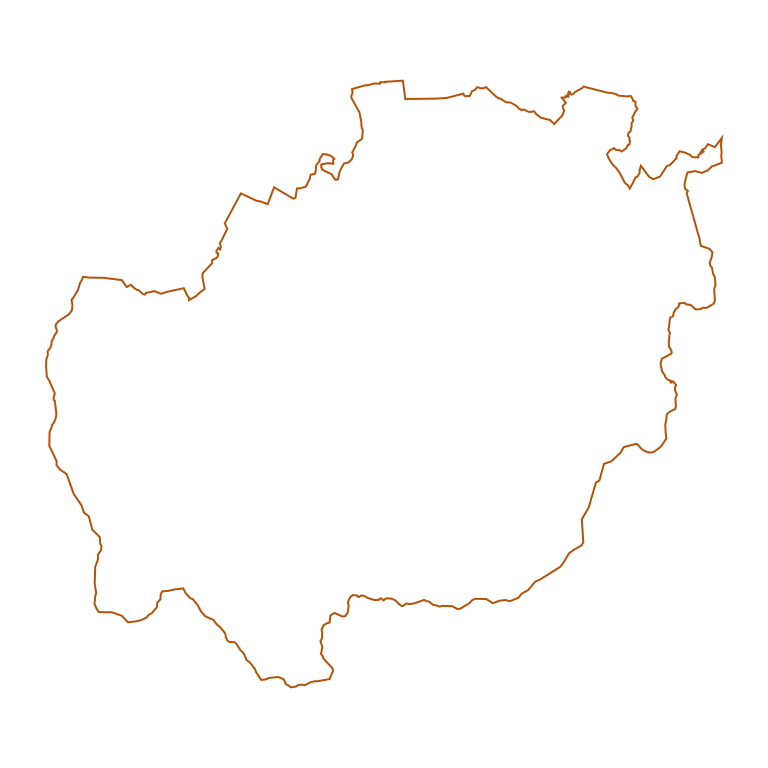 Curtea De Arges, Arges, Romania
{"feature_id": "2599482B76478709912239", "entity_name": "Curtea De Arges", "entity_type": "district", "adm_level": 2, "iso_a3": "ROU", "parent_name": "Romania", "parent_adm1": "Arges", "projection": "orthographic", "projection_center": [24.678, 45.135], "detail": "fine", "context": "isolated", "style": "outline", "palette": "amber", "viewbox_px": 768, "rotation_deg": 0, "n_neighbors": 0, "source": "geoboundaries", "source_scale": "gbopen_adm2", "svg_char_len": 6006}
<svg xmlns="http://www.w3.org/2000/svg" viewBox="0 0 768 768"><path d="M581.6,545.4L583.3,542.2L581.8,519.3L588.7,507.5L595.9,482.6L599.4,480.4L604.0,463.8L611.3,461.4L620.6,452.6L623.8,447.1L636.4,443.8L639.2,445.8L640.2,447.6L642.5,449.8L647.3,452.1L651.1,452.6L654.2,451.7L659.6,447.7L661.6,445.7L666.4,438.5L665.6,431.9L665.3,424.7L666.4,418.8L666.7,414.6L668.2,412.9L670.3,411.4L675.1,409.1L675.9,406.3L675.4,398.4L676.9,394.7L675.1,390.4L674.9,387.7L676.1,385.0L673.4,381.6L671.0,382.6L670.4,381.7L671.3,381.0L667.8,379.7L665.3,377.3L664.8,375.2L663.2,373.2L662.2,371.3L661.0,366.5L660.6,363.2L662.0,358.6L671.2,353.7L671.7,352.9L671.2,350.1L669.0,346.9L668.8,342.3L669.5,334.6L670.0,333.1L668.3,329.6L668.9,327.6L670.0,318.0L673.1,316.0L673.8,312.3L675.7,309.1L677.9,307.5L679.2,305.2L679.0,303.4L684.7,302.9L686.0,304.2L690.8,305.1L695.6,309.4L700.2,309.2L703.2,307.6L705.9,308.0L707.4,307.5L713.7,303.7L714.9,300.5L714.2,289.1L715.5,284.9L714.8,277.1L713.0,273.6L712.0,267.8L710.2,265.5L709.7,262.6L711.7,257.1L712.5,252.2L709.2,248.7L701.0,246.0L699.8,241.2L699.8,239.8L686.7,193.4L687.8,190.8L685.2,189.1L684.4,184.9L686.0,177.4L687.6,172.4L695.2,171.1L701.6,172.9L707.6,170.5L711.8,166.5L721.9,162.7L721.3,156.2L721.6,151.6L720.9,144.7L721.8,138.0L714.9,147.1L707.8,144.2L705.2,148.2L702.3,149.8L701.0,151.8L704.2,151.1L701.6,153.1L698.6,154.7L698.3,157.4L692.4,157.2L690.3,155.0L685.1,152.6L679.5,151.3L676.5,156.2L676.6,158.0L669.8,165.2L666.9,165.9L660.2,176.5L653.3,179.2L649.1,176.8L640.9,165.8L639.6,170.0L639.6,173.0L637.5,176.6L635.3,177.5L633.1,182.6L629.7,188.5L627.8,185.1L624.9,182.9L619.7,172.9L616.4,168.3L612.4,164.2L609.0,159.0L607.0,154.2L610.3,149.8L612.3,149.2L613.9,148.1L615.9,149.9L619.8,150.3L621.7,151.5L626.4,148.1L627.7,145.2L629.3,144.7L630.0,140.7L629.3,139.6L629.6,137.7L627.9,135.7L628.4,133.2L630.8,130.8L630.8,128.7L631.6,126.8L631.5,123.5L633.2,120.7L632.3,117.5L635.4,111.5L637.5,108.8L635.5,106.0L635.4,101.7L632.9,100.5L632.7,99.1L630.8,96.0L627.1,96.4L619.1,95.7L617.6,95.3L616.4,94.2L611.2,92.8L608.3,92.9L583.5,86.6L582.2,88.1L575.0,92.0L573.6,93.6L571.5,94.6L570.3,93.7L570.1,92.2L568.7,91.8L568.1,93.9L568.6,95.4L567.1,95.5L567.9,96.7L565.4,96.5L565.5,97.4L561.8,97.7L565.8,102.8L562.8,106.1L562.8,107.5L564.1,110.6L562.5,115.3L554.2,124.0L550.0,120.0L540.8,117.7L536.4,114.3L534.1,111.3L532.0,111.5L531.0,112.0L529.0,111.9L523.6,109.5L521.5,110.3L520.6,109.3L518.6,108.5L518.1,107.4L515.9,105.5L510.6,102.6L506.1,102.2L502.4,100.0L501.0,98.8L498.8,98.4L496.5,97.0L486.0,87.1L483.3,88.3L480.5,88.2L477.4,87.1L475.1,89.8L471.9,91.3L469.9,95.8L465.6,96.3L464.2,95.6L463.4,93.6L446.9,97.9L436.3,98.6L405.3,99.0L402.9,80.7L385.2,81.8L385.3,82.2L384.7,82.3L380.3,82.2L380.1,83.7L373.9,83.5L367.4,85.4L364.7,85.4L352.0,89.1L352.6,92.6L351.3,96.4L351.4,97.9L359.5,112.5L361.3,121.9L361.7,127.7L362.8,130.2L362.1,138.7L356.7,142.6L356.2,144.8L352.3,152.4L353.3,155.5L351.8,159.2L348.6,162.4L344.2,163.3L341.3,168.1L339.3,172.8L337.9,179.6L335.1,179.6L331.7,174.3L322.3,169.7L321.3,167.1L321.3,164.4L328.0,163.2L333.2,163.8L333.2,159.8L334.3,158.8L330.6,155.7L326.5,154.4L322.7,154.2L319.7,159.0L319.6,160.8L316.2,165.4L315.7,171.2L314.9,173.9L310.6,174.7L309.7,178.9L305.9,186.6L300.0,188.3L297.0,188.4L295.5,197.7L293.3,198.7L274.1,187.3L267.7,204.2L260.8,201.5L256.6,200.8L240.9,193.4L224.8,223.3L227.2,228.8L221.6,240.6L219.9,242.9L220.9,247.4L220.0,249.5L218.5,247.9L216.5,250.5L216.5,252.6L218.1,253.4L217.9,256.0L216.8,257.8L212.2,260.1L212.1,263.3L202.7,273.2L202.4,277.1L204.7,288.9L200.1,292.3L195.9,296.2L189.0,300.1L189.1,298.0L187.0,295.1L183.8,288.2L167.0,291.8L161.1,293.8L154.3,291.1L145.9,293.0L144.9,294.6L143.2,294.2L138.3,290.0L137.3,290.1L133.7,287.7L131.0,284.7L126.7,287.0L121.8,280.1L103.5,277.8L89.4,277.6L83.0,276.8L81.7,280.3L80.2,282.7L77.9,290.0L73.6,297.3L71.5,300.1L72.4,304.4L72.2,308.5L71.7,310.6L69.0,314.3L58.3,321.4L56.1,324.1L55.5,326.3L56.7,329.8L56.8,331.9L53.8,336.6L53.4,338.6L51.7,340.8L51.4,344.5L50.2,348.0L47.7,351.2L47.8,355.2L46.3,359.6L46.1,366.3L46.8,376.6L49.4,381.0L54.8,393.4L53.7,397.3L53.6,399.9L54.8,400.8L56.4,414.1L55.5,419.0L54.2,422.1L52.1,424.9L51.3,428.2L49.6,431.7L49.3,445.7L56.6,461.2L56.6,465.2L59.6,469.2L66.7,474.2L73.7,493.9L81.5,505.3L83.9,512.5L88.8,516.3L92.3,529.6L99.8,537.2L100.3,544.1L101.5,545.8L101.1,550.2L97.9,554.6L98.0,559.3L95.2,567.0L94.7,583.8L96.2,593.3L95.3,595.8L94.5,604.0L96.6,608.7L98.9,612.1L111.9,612.3L121.7,615.7L128.0,622.3L136.4,621.3L140.5,620.3L146.4,617.7L148.4,615.1L151.7,613.2L156.8,607.4L157.2,602.9L160.4,599.3L160.7,594.5L162.1,591.4L168.2,590.9L174.6,589.4L183.2,588.4L185.6,593.1L190.1,598.1L192.9,599.2L197.8,605.4L200.9,611.3L205.3,616.3L213.5,619.9L216.7,624.4L220.0,627.0L222.7,630.2L225.3,633.6L225.8,637.0L227.3,640.5L229.6,641.9L234.5,642.2L236.2,643.6L240.5,650.3L243.2,652.7L244.5,655.0L246.6,660.0L250.2,662.8L255.1,669.2L255.9,671.8L261.3,680.0L267.0,679.1L268.3,678.0L277.9,677.0L283.5,679.1L286.2,684.4L289.2,685.9L290.6,687.3L295.6,686.6L298.4,685.0L302.2,684.7L304.8,685.2L310.5,682.3L315.0,681.2L317.4,681.3L329.6,679.0L333.0,670.8L332.6,668.4L323.4,658.5L322.5,655.7L321.0,654.1L322.4,647.2L320.4,641.1L321.9,638.8L322.3,632.3L321.5,630.0L323.8,625.1L327.3,623.1L329.6,622.6L330.4,615.5L334.4,612.9L342.4,616.5L345.4,616.1L347.8,612.3L348.7,606.0L347.9,602.5L348.8,599.7L350.4,597.1L352.7,595.1L357.1,595.5L357.7,596.5L358.9,597.0L361.0,595.5L363.9,595.8L367.7,598.0L374.5,600.0L378.8,599.9L379.7,598.6L381.3,598.6L383.5,600.4L386.0,598.4L391.4,598.6L395.4,600.4L399.3,604.3L401.5,605.9L402.7,606.1L406.5,603.5L410.0,604.1L414.9,603.2L424.1,599.9L426.8,601.3L428.8,601.3L432.9,604.8L436.0,605.3L439.6,606.6L442.2,605.9L452.2,606.2L457.2,608.9L460.0,608.8L469.3,603.3L472.2,600.2L475.2,598.8L486.2,599.0L492.5,603.0L495.7,602.3L498.6,600.9L504.8,600.0L510.0,601.1L518.2,597.9L521.7,593.7L528.1,590.1L535.3,581.6L539.9,579.6L560.7,566.5L565.3,559.7L568.9,553.5L573.6,549.9L581.6,545.4Z" fill="none" stroke="#b45309" stroke-width="2"/></svg>